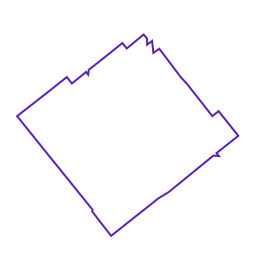 Bartow, Georgia, United States of America, rotated 51°
{"feature_id": "52423323B11929731869619", "entity_name": "Bartow", "entity_type": "district", "adm_level": 2, "iso_a3": "USA", "parent_name": "United States of America", "parent_adm1": "Georgia", "projection": "natural_earth1", "projection_center": [-84.879, 34.246], "detail": "fine", "context": "isolated", "style": "outline", "palette": "violet", "viewbox_px": 256, "rotation_deg": 51, "n_neighbors": 0, "source": "geoboundaries", "source_scale": "gbopen_adm2", "svg_char_len": 560}
<svg xmlns="http://www.w3.org/2000/svg" viewBox="0 0 256 256"><g transform="rotate(51 128 128)"><path d="M49.1,200.2L49.0,206.7L97.8,206.9L108.0,206.9L122.8,206.9L169.2,207.0L170.4,208.4L184.3,208.7L201.2,209.0L201.8,148.8L203.4,136.7L203.2,79.0L207.0,75.0L203.2,75.0L203.5,47.2L171.9,47.0L171.8,55.0L146.3,54.6L131.4,54.4L121.3,55.0L86.1,53.8L85.6,61.0L75.5,54.5L75.3,60.7L70.4,56.9L65.2,57.0L65.4,78.9L58.4,78.9L58.4,93.5L58.1,121.9L61.4,125.3L58.1,125.3L58.1,143.6L49.9,143.5L49.7,165.8L49.1,200.2Z" fill="none" stroke="#5b21b6" stroke-width="2"/></g></svg>